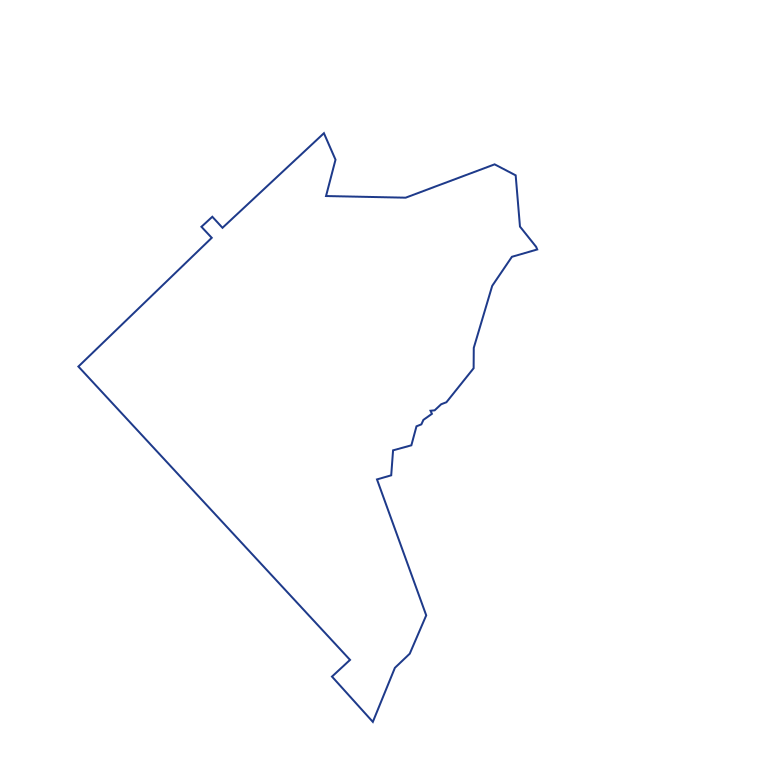 outline of Chattahoochee, Georgia, United States of America, rotated 137°
{"feature_id": "52423323B80240094400164", "entity_name": "Chattahoochee", "entity_type": "district", "adm_level": 2, "iso_a3": "USA", "parent_name": "United States of America", "parent_adm1": "Georgia", "projection": "orthographic", "projection_center": [-84.834, 32.378], "detail": "fine", "context": "isolated", "style": "outline", "palette": "blue", "viewbox_px": 768, "rotation_deg": 137, "n_neighbors": 0, "source": "geoboundaries", "source_scale": "gbopen_adm2", "svg_char_len": 622}
<svg xmlns="http://www.w3.org/2000/svg" viewBox="0 0 768 768"><g transform="rotate(137 384 384)"><path d="M549.1,169.2L510.9,186.0L454.2,319.0L441.0,312.3L422.6,329.3L405.8,320.5L389.1,330.9L384.2,329.0L379.6,330.9L369.3,329.5L368.2,332.7L364.9,330.2L356.0,330.2L350.8,328.1L307.7,334.4L293.7,349.2L237.9,382.0L203.7,389.8L180.2,377.9L179.2,380.5L177.2,406.4L145.4,446.8L153.3,469.2L212.0,493.5L241.1,505.5L298.2,561.0L266.5,581.1L256.9,608.4L395.6,608.4L395.5,623.4L410.3,623.5L410.3,608.4L595.6,605.2L597.0,205.4L621.6,205.5L622.6,144.5L569.6,169.0L549.1,169.2Z" fill="none" stroke="#1e3a8a" stroke-width="2"/></g></svg>